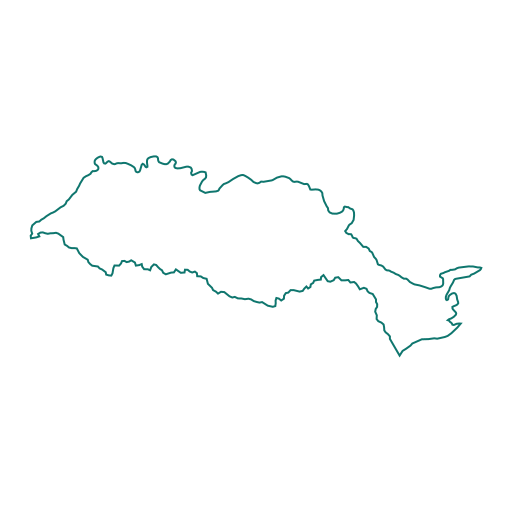 Itapiranga, Amazonas, Brazil
{"feature_id": "56859067B71937040210155", "entity_name": "Itapiranga", "entity_type": "district", "adm_level": 2, "iso_a3": "BRA", "parent_name": "Brazil", "parent_adm1": "Amazonas", "projection": "orthographic", "projection_center": [-58.495, -2.544], "detail": "fine", "context": "isolated", "style": "outline", "palette": "teal", "viewbox_px": 512, "rotation_deg": 0, "n_neighbors": 0, "source": "geoboundaries", "source_scale": "gbopen_adm2", "svg_char_len": 6055}
<svg xmlns="http://www.w3.org/2000/svg" viewBox="0 0 512 512"><path d="M102.1,269.5L105.7,272.2L106.2,274.6L108.9,275.4L111.3,275.6L112.5,273.3L113.4,268.1L114.5,265.5L119.1,265.6L121.0,263.5L122.0,261.1L124.5,260.9L126.6,262.1L129.1,261.6L131.2,260.3L134.9,262.5L135.9,265.6L139.2,265.1L141.7,264.1L142.2,266.6L144.1,269.2L147.9,269.3L150.1,270.3L151.3,267.0L153.9,264.4L156.2,265.0L158.1,267.2L160.0,269.0L162.0,270.3L163.2,272.8L165.8,274.3L171.1,272.6L173.9,272.4L175.9,269.4L180.8,272.8L184.5,272.5L185.0,269.7L187.7,269.8L189.7,271.5L192.2,272.5L194.9,271.6L196.9,273.2L197.2,276.2L200.8,276.4L203.2,278.0L206.6,278.8L207.9,283.8L212.0,287.8L213.1,290.1L216.0,291.7L218.0,293.6L221.0,291.8L224.3,292.1L229.5,296.3L232.3,297.5L234.8,296.9L237.9,298.4L241.5,298.5L244.9,299.2L248.5,298.7L251.1,299.4L253.8,301.1L256.8,302.0L259.5,302.6L262.1,302.1L267.8,305.7L272.8,306.8L275.3,306.1L275.7,303.3L275.6,300.6L276.4,298.0L278.9,298.6L281.2,300.5L283.9,298.7L284.1,295.7L285.8,293.1L288.3,292.6L290.6,290.1L293.6,290.1L299.6,291.6L302.7,290.9L304.3,288.6L306.4,286.5L308.1,288.5L310.4,287.0L310.8,284.4L313.2,282.9L314.2,280.6L317.8,279.9L320.8,279.6L321.1,277.1L323.5,275.1L327.7,281.2L330.3,281.7L333.7,280.2L335.2,277.7L338.3,277.2L341.4,280.3L345.4,280.3L348.3,280.0L350.4,282.5L354.1,282.0L356.0,283.5L358.1,286.4L359.8,289.3L363.9,287.8L366.5,288.8L367.6,291.3L369.4,292.9L372.7,294.0L376.0,299.4L376.0,302.0L377.2,304.2L377.1,306.9L375.7,309.0L375.2,311.7L376.8,315.3L376.6,319.0L378.3,321.2L381.4,322.6L383.6,324.5L384.1,327.3L384.3,330.4L385.6,332.3L388.0,334.2L389.9,336.4L389.9,338.9L399.6,355.6L402.6,350.9L406.0,348.8L410.5,345.6L412.3,343.5L421.8,339.3L428.5,339.1L434.3,338.3L437.2,338.7L444.8,337.0L447.7,335.9L451.4,333.2L457.4,327.5L460.7,323.6L459.2,323.5L456.6,323.8L453.8,325.0L452.4,324.7L452.0,323.7L451.3,322.8L449.9,321.8L449.2,320.7L447.8,320.2L448.9,319.3L451.3,318.4L453.8,316.8L455.9,314.7L456.2,313.5L455.9,312.5L453.0,309.4L452.5,308.5L452.4,306.9L453.7,306.2L455.8,305.4L457.3,304.5L458.2,303.3L458.1,302.0L457.2,299.5L456.6,295.8L455.7,294.0L454.7,293.2L453.5,293.1L451.9,293.6L449.6,295.2L449.0,295.9L448.5,296.9L448.1,299.4L446.9,300.1L446.1,299.6L445.8,298.2L445.9,296.6L446.6,294.7L449.2,290.2L449.8,288.1L450.5,286.6L453.0,282.5L454.1,279.9L454.8,279.2L455.9,278.8L469.6,276.4L471.2,274.7L474.1,273.6L480.0,270.1L480.9,269.0L481.3,267.9L480.0,267.5L477.6,267.4L473.2,266.5L468.6,266.4L458.8,267.6L457.0,268.2L455.0,269.4L451.7,269.9L450.3,269.9L449.1,270.8L444.7,272.3L443.5,273.0L440.8,273.8L440.0,275.2L440.0,276.6L442.8,278.3L443.1,279.2L443.2,283.4L442.9,284.8L442.3,285.7L441.0,286.6L439.4,287.2L436.0,287.4L433.4,288.0L431.1,288.8L429.4,288.7L425.5,287.3L419.5,285.4L414.5,284.4L412.8,283.6L409.9,282.0L407.5,279.5L406.2,278.7L403.9,278.7L401.5,277.3L399.8,275.9L398.4,275.0L395.7,274.0L393.7,272.7L390.9,271.6L389.8,270.8L388.4,270.4L387.1,270.4L385.5,269.6L383.2,266.6L381.4,265.5L379.0,264.9L377.9,264.3L376.6,260.1L375.8,258.8L374.1,257.0L372.3,252.9L371.7,252.1L369.8,251.0L368.7,248.6L366.2,246.9L363.3,246.9L360.0,243.0L357.9,241.0L356.5,238.7L355.1,238.2L353.7,238.0L352.8,237.5L351.8,235.3L351.2,234.3L349.7,234.1L348.7,234.2L346.3,232.9L345.2,231.1L347.0,229.0L348.9,225.3L349.7,224.5L351.7,223.2L353.6,219.9L354.1,215.5L354.0,212.5L353.3,210.4L352.5,209.3L350.1,208.5L348.2,207.1L347.1,207.1L344.8,206.6L343.9,207.3L343.8,208.4L343.4,209.8L342.8,210.8L341.9,211.7L339.8,212.8L336.8,213.7L332.4,213.6L329.8,212.5L328.8,211.4L328.1,210.0L328.1,208.9L327.8,207.8L326.8,206.5L324.1,201.1L322.5,195.5L322.3,193.1L321.6,191.9L320.7,190.9L319.5,190.1L318.1,189.6L315.5,189.4L311.7,189.7L310.3,189.5L309.0,186.2L307.9,184.4L306.9,183.9L304.1,184.1L298.0,181.7L296.4,181.6L294.3,181.9L292.9,181.5L291.7,180.5L290.3,179.0L289.1,178.1L285.3,176.7L283.1,176.3L281.6,176.3L277.0,177.6L272.8,180.0L271.7,180.4L263.5,181.8L261.1,181.6L259.4,182.8L257.6,183.4L256.1,183.1L253.5,182.0L251.2,179.8L248.1,177.6L245.4,176.0L243.5,175.1L242.3,175.0L241.0,175.2L238.3,176.1L233.1,179.0L228.5,182.1L225.9,183.3L223.9,184.0L222.7,185.0L219.4,188.6L219.0,189.7L218.2,190.7L216.0,191.4L209.9,191.9L205.3,192.9L200.1,190.3L199.5,189.1L199.5,187.3L199.9,185.6L202.0,181.6L203.1,180.2L205.1,178.6L206.0,177.4L206.2,175.4L205.6,172.4L204.1,171.9L201.9,171.7L200.1,171.9L192.6,175.2L191.6,174.6L191.1,172.9L192.0,171.0L191.6,168.9L190.8,167.6L189.9,167.2L188.1,166.6L186.3,166.7L180.4,168.2L177.5,168.4L175.4,168.0L174.6,167.2L174.3,166.0L174.7,164.5L175.6,163.6L175.9,162.2L175.4,161.1L173.4,159.5L172.0,159.3L170.7,160.0L169.8,161.6L167.7,163.7L166.2,164.2L164.4,164.1L162.5,163.6L159.1,162.2L158.5,161.3L158.1,160.0L158.0,158.3L157.4,157.1L156.1,156.4L153.8,156.4L150.6,157.1L148.9,157.9L147.9,158.6L147.3,159.5L147.0,160.9L147.0,162.8L147.4,165.6L147.4,166.8L146.4,167.3L145.6,166.9L144.1,164.6L142.7,163.8L141.7,164.8L140.1,170.3L139.5,171.5L138.5,172.1L137.5,172.3L136.3,171.9L135.5,170.8L135.3,169.5L134.7,168.0L133.9,167.1L131.1,165.3L127.8,163.8L125.7,163.0L123.4,162.9L121.1,163.3L118.1,163.1L116.5,163.4L115.3,164.0L114.3,164.2L112.2,163.6L110.0,161.7L108.8,161.1L107.5,161.7L106.1,163.1L105.4,163.6L104.2,163.4L103.5,162.5L102.5,158.0L102.0,156.9L100.5,156.5L99.3,156.9L97.5,157.8L95.8,159.2L95.1,160.1L94.7,161.0L94.6,162.1L94.7,163.2L95.1,164.1L97.3,165.7L98.3,167.1L98.4,168.5L98.1,169.4L97.3,170.2L96.0,170.9L94.0,171.2L92.7,171.1L91.3,172.4L90.5,173.8L88.3,175.2L86.0,176.2L83.6,177.8L80.1,183.5L79.1,185.8L77.2,189.0L76.1,191.7L72.3,194.9L68.8,199.5L66.7,201.2L65.7,203.7L63.6,205.8L60.6,207.3L55.2,211.4L53.1,212.5L50.8,213.4L46.4,216.2L43.8,218.3L41.3,219.7L39.3,221.5L36.3,221.9L32.3,225.4L31.4,228.4L31.3,230.8L32.2,233.6L30.7,235.7L31.0,238.3L36.3,237.4L39.3,236.4L38.1,234.0L40.4,232.6L42.8,232.4L45.1,233.2L47.8,233.8L50.3,233.3L53.2,233.2L56.0,232.8L58.3,233.6L63.2,237.1L63.5,239.6L64.7,244.5L67.1,245.9L69.0,247.5L71.5,248.1L74.4,248.1L76.8,248.4L79.3,253.2L82.9,256.9L87.7,259.7L88.4,262.1L90.1,264.0L92.2,265.7L97.9,266.5L99.6,268.4L102.1,269.5Z" fill="none" stroke="#0f766e" stroke-width="2"/></svg>